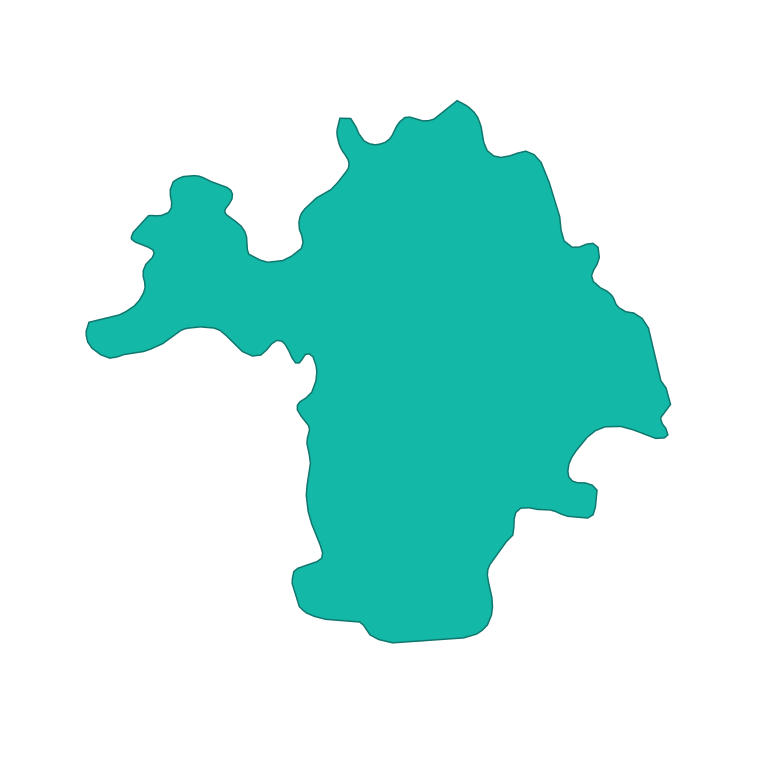 the Province of Sétif, rotated 342°
{"feature_id": "DZA-2215", "entity_name": "Sétif", "entity_type": "Province", "adm_level": 1, "iso_a3": "DZA", "parent_name": "Algeria", "parent_adm1": "", "projection": "albers", "projection_center": [5.383, 36.112], "detail": "fine", "context": "isolated", "style": "filled", "palette": "teal", "viewbox_px": 768, "rotation_deg": 342, "n_neighbors": 0, "source": "natural_earth", "source_scale": "10m", "svg_char_len": 3291}
<svg xmlns="http://www.w3.org/2000/svg" viewBox="0 0 768 768"><g transform="rotate(342 384 384)"><path d="M138.9,275.8L131.2,274.7L123.6,268.6L117.3,259.6L115.2,252.5L115.8,245.9L117.1,241.7L122.5,234.1L153.6,236.5L160.9,235.4L170.5,232.7L176.9,229.0L183.1,223.5L186.5,218.7L187.9,213.0L188.2,207.4L190.0,201.9L194.5,196.6L202.7,192.2L205.8,188.6L205.6,184.9L202.1,181.1L191.6,172.4L189.6,169.8L188.7,168.2L188.7,167.1L189.4,165.9L192.3,162.3L211.9,151.2L213.1,151.4L215.5,152.1L219.5,153.7L224.5,155.0L232.1,154.3L236.2,150.7L238.2,145.7L239.0,138.9L240.8,133.1L246.1,126.5L252.0,125.0L257.3,124.7L267.9,127.2L272.3,129.2L275.7,131.8L282.3,138.2L295.7,148.8L298.2,152.6L298.5,156.6L296.6,161.0L292.6,164.7L287.9,168.0L286.9,169.0L285.7,171.2L286.4,174.2L293.6,184.3L296.9,189.8L298.7,195.9L298.7,201.7L295.5,214.2L295.6,218.8L304.4,227.8L311.0,232.3L325.8,235.3L335.5,233.9L347.2,229.6L350.7,224.5L351.7,217.4L351.3,211.1L353.0,204.1L355.6,199.3L358.3,196.2L362.6,193.1L377.2,186.2L393.7,182.7L402.1,178.2L414.0,170.1L416.4,168.1L417.6,166.5L419.0,163.1L419.1,159.2L418.0,154.4L416.5,149.8L415.7,145.3L415.5,141.4L416.1,134.0L416.9,130.5L418.2,127.3L424.2,117.6L434.4,121.2L436.8,130.9L437.4,138.1L440.1,146.6L444.3,151.0L449.5,153.8L454.3,154.6L459.7,154.6L464.6,152.9L468.5,150.2L475.7,142.7L479.7,139.7L486.1,137.0L491.0,138.1L502.3,145.8L508.0,147.4L513.6,147.5L541.1,137.1L547.9,144.1L550.4,147.5L553.7,153.5L555.5,159.6L555.9,168.9L553.5,185.2L554.3,194.0L558.8,201.0L565.3,204.7L574.0,205.9L582.6,205.7L590.8,206.4L597.6,212.2L601.9,222.0L603.4,243.5L602.8,279.1L599.9,292.5L599.5,303.5L605.1,312.0L611.8,314.1L620.0,313.6L626.2,314.8L629.8,320.2L627.9,330.2L623.6,336.0L618.6,340.4L614.9,345.0L614.7,351.1L619.4,359.2L624.9,364.8L627.8,369.7L628.8,373.1L629.3,380.0L631.0,384.0L636.3,390.0L643.5,393.7L649.8,401.5L652.8,412.7L648.3,466.4L651.0,475.0L650.2,492.0L636.9,501.4L636.3,503.7L636.5,508.4L638.3,513.1L638.3,520.1L634.0,521.9L625.6,519.7L606.6,504.4L596.0,497.5L581.0,493.0L570.7,493.7L561.0,497.3L546.3,506.7L539.9,511.8L535.2,517.1L532.0,523.4L531.0,529.3L533.1,534.5L537.6,537.8L544.9,540.3L550.8,544.6L553.8,550.8L547.0,566.4L542.4,573.0L536.2,574.4L518.1,566.7L512.7,562.8L508.0,558.5L503.3,555.2L491.4,550.8L483.9,546.6L475.7,544.3L469.5,547.0L466.0,552.8L463.2,560.5L459.8,567.5L451.7,571.7L428.9,588.4L425.3,592.7L423.2,597.9L422.2,604.1L420.6,620.5L418.3,629.5L414.8,637.0L407.9,645.1L401.2,648.6L394.9,650.4L381.4,650.1L312.1,632.8L300.0,625.4L293.2,618.3L289.9,606.8L287.2,602.8L255.9,589.8L246.0,583.5L239.8,578.1L237.4,574.7L234.7,569.6L235.0,545.4L236.8,540.6L240.3,534.5L245.2,532.6L265.5,532.2L271.0,530.4L273.4,525.6L273.6,517.8L272.0,494.7L272.5,481.8L275.7,465.8L279.7,456.2L289.5,436.8L291.2,427.5L292.3,416.9L294.3,412.0L299.0,404.6L299.4,400.2L295.2,388.9L293.6,381.8L295.1,377.4L298.7,374.9L305.4,373.2L312.8,369.5L320.2,360.1L323.8,351.9L325.1,345.5L324.9,336.2L322.1,332.1L318.1,331.7L313.4,335.6L309.9,337.8L306.4,336.6L304.6,330.6L303.8,323.1L302.3,315.9L300.1,311.7L295.5,309.4L289.5,311.1L283.1,315.2L275.8,318.4L267.5,316.7L259.3,309.3L248.9,289.1L244.5,282.2L239.5,278.2L226.9,272.9L214.3,270.2L211.0,270.0L207.2,270.3L186.1,277.2L172.6,278.7L165.4,278.8L145.6,275.6L138.9,275.8Z" fill="#14b8a6" stroke="#0f766e" stroke-width="1.5"/></g></svg>